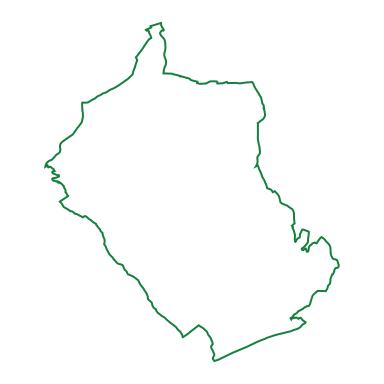 Amarasti, Vâlcea, Romania (orthographic projection)
{"feature_id": "2599482B2938164526483", "entity_name": "Amarasti", "entity_type": "district", "adm_level": 2, "iso_a3": "ROU", "parent_name": "Romania", "parent_adm1": "Vâlcea", "projection": "orthographic", "projection_center": [24.148, 44.766], "detail": "fine", "context": "isolated", "style": "outline", "palette": "green", "viewbox_px": 384, "rotation_deg": 0, "n_neighbors": 0, "source": "geoboundaries", "source_scale": "gbopen_adm2", "svg_char_len": 5898}
<svg xmlns="http://www.w3.org/2000/svg" viewBox="0 0 384 384"><path d="M323.0,291.0L325.8,291.2L326.9,289.1L327.3,288.7L328.1,285.7L329.9,283.8L330.5,280.8L330.5,278.7L330.7,278.3L332.2,274.4L332.9,274.2L333.1,273.9L334.1,271.8L334.2,271.3L334.1,271.1L334.7,269.3L335.6,268.1L337.6,267.8L338.4,267.1L338.7,265.2L338.6,264.6L338.0,263.1L337.6,261.3L337.2,260.3L336.4,259.7L333.6,259.0L332.9,258.7L331.5,256.2L331.2,255.4L330.7,253.3L330.5,249.1L330.3,246.9L329.0,244.3L326.3,241.6L324.4,239.2L322.9,238.0L321.4,237.1L319.5,239.0L316.7,243.2L316.2,243.4L314.7,242.5L312.4,243.4L311.2,244.9L310.0,245.4L309.0,247.2L308.3,251.2L307.9,251.6L307.1,251.8L306.8,251.6L306.0,249.0L305.7,248.6L305.0,248.8L303.5,250.0L302.5,250.0L302.0,249.7L301.7,249.2L301.8,248.6L304.4,246.6L307.0,243.6L307.4,242.8L307.9,242.3L308.2,237.7L308.6,235.7L308.8,233.3L308.8,231.8L307.7,231.2L303.1,229.5L302.4,229.5L302.0,230.1L299.9,234.4L299.9,237.1L298.6,238.1L297.6,238.5L296.7,239.7L295.7,241.6L295.4,241.9L295.2,241.8L294.7,239.3L295.0,236.0L294.9,234.5L293.3,229.2L292.5,228.1L293.0,227.4L292.9,227.0L292.8,226.7L291.9,225.8L293.1,224.6L294.6,223.5L294.3,221.5L294.3,220.4L294.1,219.4L293.9,212.7L293.0,210.4L292.2,209.1L288.7,206.9L287.5,205.7L286.3,205.4L281.6,203.3L280.5,202.4L280.1,200.6L279.0,196.2L277.4,194.0L274.8,191.2L272.8,192.2L271.8,190.5L270.5,189.4L267.2,188.2L266.1,184.2L265.4,183.2L264.7,181.2L263.7,179.2L262.3,176.9L261.0,173.0L259.1,169.2L258.7,167.6L257.8,165.5L255.9,166.4L257.0,164.6L257.5,162.2L257.6,160.9L257.3,158.0L257.4,157.3L258.1,155.8L258.9,155.0L259.9,153.4L259.9,150.2L259.6,149.2L259.6,147.3L258.9,144.8L257.9,139.4L257.8,137.7L257.9,135.3L257.9,124.6L257.7,123.1L258.9,122.5L259.7,121.5L262.8,119.4L263.7,118.3L264.7,116.5L265.1,115.4L264.6,111.5L264.1,109.8L264.2,109.1L264.1,108.3L263.6,108.2L263.8,107.1L263.7,105.5L262.4,103.5L262.2,102.9L261.1,97.5L259.4,95.0L258.8,93.8L255.5,88.5L254.1,85.9L253.3,83.6L252.2,82.1L247.0,82.4L239.8,83.4L235.9,82.9L227.7,83.1L226.8,81.9L222.7,83.3L217.5,83.5L217.3,83.4L217.6,82.9L217.5,82.4L216.7,81.4L210.8,81.3L210.0,81.5L206.0,83.5L199.6,83.8L197.0,83.0L197.0,82.8L197.5,82.3L197.5,81.7L194.2,81.0L190.8,80.0L190.3,79.6L189.8,78.8L187.7,78.0L186.7,77.9L180.3,76.0L180.2,76.4L178.7,75.5L173.0,74.2L172.3,73.7L163.5,73.4L163.9,69.7L164.6,67.4L165.9,64.3L166.1,63.0L166.1,61.1L165.7,59.5L164.6,57.1L164.2,54.6L164.8,51.5L165.2,50.3L165.5,47.2L165.2,43.9L165.2,42.2L164.3,39.2L161.0,35.5L160.1,33.8L160.2,32.5L161.4,31.0L161.8,30.6L163.4,30.6L163.8,30.1L163.3,28.9L162.1,27.2L161.2,25.3L161.0,23.0L150.5,26.2L151.2,27.6L145.9,29.8L146.5,30.7L148.2,30.3L148.9,31.5L149.2,33.0L150.5,35.4L151.2,38.0L148.9,39.4L147.1,41.8L141.6,50.1L137.4,55.6L135.9,57.3L137.0,59.6L137.0,60.7L135.2,65.9L135.1,66.8L133.4,71.1L132.6,74.3L131.8,75.2L128.2,78.7L118.8,85.3L114.5,87.9L109.9,89.9L106.6,92.2L103.0,93.4L99.7,95.5L98.3,95.9L96.6,97.0L95.3,98.3L92.6,99.6L88.0,102.4L85.9,102.7L82.4,102.6L82.1,103.3L82.4,111.1L82.8,112.3L82.9,114.7L82.8,116.0L83.0,116.9L82.8,117.3L81.9,121.7L80.9,123.6L80.1,124.4L78.9,126.2L77.0,128.4L75.6,130.7L74.3,132.3L72.9,134.4L66.2,139.0L62.4,141.7L61.1,143.0L60.7,143.6L60.2,144.8L60.0,145.7L60.0,147.0L60.4,149.3L60.1,151.1L59.6,152.5L58.2,153.6L56.4,154.7L54.1,157.4L51.9,159.7L49.0,160.9L47.1,162.5L46.4,163.4L45.4,166.2L45.3,166.8L47.5,165.4L47.7,165.9L48.4,166.8L48.1,167.2L48.3,167.4L48.9,167.3L50.1,166.7L50.6,166.9L52.3,168.4L53.6,169.1L53.9,170.1L53.6,170.6L54.5,171.1L52.4,172.0L52.7,173.3L56.7,174.9L57.6,175.5L58.7,175.1L59.0,176.0L58.9,176.6L56.8,177.5L54.4,178.1L52.7,178.3L52.3,178.9L52.3,179.6L53.3,180.6L53.8,180.8L54.7,180.6L55.7,181.2L56.6,181.2L57.4,181.4L57.4,181.6L57.3,181.9L57.5,182.2L58.2,181.6L58.5,181.6L59.2,182.0L59.3,182.9L59.9,182.6L60.2,182.7L62.4,184.6L63.2,185.8L63.6,185.9L64.2,187.4L64.1,187.7L65.3,189.5L65.6,190.7L65.4,191.8L65.5,192.3L66.2,192.8L66.8,193.8L67.4,195.3L68.1,195.8L68.0,196.1L59.8,201.6L61.8,203.7L63.8,207.1L67.6,209.2L69.3,210.3L70.2,211.1L71.7,211.3L72.5,211.6L73.4,212.2L74.8,213.7L77.0,214.1L80.3,216.0L81.4,216.4L82.4,217.3L83.3,217.2L84.2,216.3L85.3,216.1L86.9,217.1L89.1,219.1L90.7,220.0L92.0,221.2L92.7,221.9L96.0,223.9L96.4,225.1L97.0,225.6L97.7,226.8L100.0,229.5L100.7,231.2L102.6,233.1L102.7,234.7L103.4,236.9L104.1,238.3L104.6,239.8L104.6,242.0L104.2,243.8L104.2,244.4L105.3,245.7L107.2,250.3L107.9,251.4L108.8,253.3L110.2,255.2L112.9,257.8L113.2,258.6L114.4,260.0L117.3,263.2L118.9,264.0L120.6,264.3L121.5,264.7L122.5,265.0L123.1,266.0L124.4,269.2L125.3,270.3L126.6,271.5L127.4,273.4L128.1,274.3L132.2,276.0L134.0,277.1L138.1,280.2L138.6,281.0L140.3,284.4L143.5,288.6L144.4,290.2L146.2,292.8L147.8,296.5L147.8,298.3L148.2,299.4L151.5,302.3L151.9,303.1L152.4,305.4L152.7,306.2L153.9,308.0L155.9,309.2L156.2,309.7L156.4,311.0L157.8,312.8L159.5,314.0L161.9,316.1L163.8,317.0L165.1,318.0L166.4,319.4L170.1,322.6L173.3,324.9L176.0,327.1L177.5,329.2L180.6,332.1L180.9,333.0L182.1,334.7L182.6,336.7L182.9,337.2L188.0,333.8L191.8,330.6L198.8,325.3L200.1,326.4L201.6,327.2L203.1,328.2L206.3,331.0L207.1,332.1L208.2,334.8L209.7,336.6L210.6,338.0L212.1,341.4L212.8,343.9L212.6,344.4L211.6,345.5L211.3,346.2L211.1,346.9L211.5,348.5L212.5,350.0L214.3,354.3L214.3,355.1L214.0,355.7L213.5,356.6L212.9,357.9L213.0,359.1L214.3,361.0L218.2,359.8L232.6,352.8L246.5,347.0L257.8,341.6L265.7,338.5L267.0,337.8L275.5,335.0L291.0,331.2L293.2,330.2L296.7,329.1L298.3,328.5L300.4,327.0L302.7,324.5L305.2,323.0L305.6,322.2L302.9,320.4L300.8,317.8L299.4,318.0L298.6,318.8L296.9,317.8L295.9,317.6L294.2,318.1L292.5,318.1L292.1,318.3L291.3,319.5L290.6,318.1L291.1,317.7L291.7,317.6L293.2,316.6L293.4,316.3L293.2,315.7L293.9,314.7L296.9,313.0L298.5,311.0L300.3,310.4L300.8,309.8L302.5,309.1L304.7,307.3L305.5,307.1L307.0,306.1L308.7,306.1L309.1,305.7L310.1,304.0L311.0,300.4L312.6,295.7L313.7,294.3L317.6,290.9L321.6,291.1L323.0,291.0Z" fill="none" stroke="#15803d" stroke-width="2"/></svg>